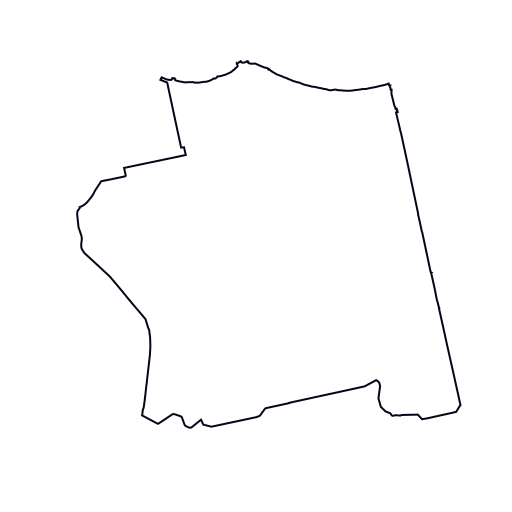 Kwinana, Western Australia, Australia, rotated 78°
{"feature_id": "25037944B63650800772080", "entity_name": "Kwinana", "entity_type": "district", "adm_level": 2, "iso_a3": "AUS", "parent_name": "Australia", "parent_adm1": "Western Australia", "projection": "orthographic", "projection_center": [115.805, -32.234], "detail": "fine", "context": "isolated", "style": "outline", "palette": "ink", "viewbox_px": 512, "rotation_deg": 78, "n_neighbors": 0, "source": "geoboundaries", "source_scale": "gbopen_adm2", "svg_char_len": 5734}
<svg xmlns="http://www.w3.org/2000/svg" viewBox="0 0 512 512"><g transform="rotate(78 256 256)"><path d="M114.9,90.5L115.1,91.5L115.3,93.5L115.4,94.3L115.4,95.5L115.5,96.8L115.5,97.4L115.4,98.3L115.4,99.6L115.6,102.8L115.6,104.9L115.5,107.3L115.5,108.3L115.5,109.4L115.4,110.4L115.5,111.4L115.5,112.2L115.5,113.1L115.5,113.8L115.1,115.5L115.1,116.1L115.0,116.9L114.7,117.5L114.8,117.8L114.8,118.1L114.8,119.3L114.7,120.8L114.6,121.7L114.5,123.0L114.2,125.2L114.3,126.2L114.1,127.6L114.1,128.2L113.9,129.6L113.6,131.3L113.4,132.3L112.9,133.8L112.7,135.1L112.4,136.2L112.0,136.9L111.8,137.4L111.8,137.8L111.7,138.3L110.6,142.1L110.2,142.4L109.6,144.4L109.6,144.7L109.5,145.6L109.6,146.5L109.5,147.5L109.4,148.5L109.2,149.4L109.0,149.8L108.8,150.4L108.2,151.4L107.7,152.2L107.3,153.1L106.8,154.6L106.5,155.3L105.7,156.7L105.5,157.3L104.9,158.8L104.2,160.4L103.7,161.6L103.2,162.4L102.8,163.4L102.6,164.1L102.2,165.3L101.9,166.2L101.1,167.5L100.8,168.2L99.9,170.1L98.9,172.2L98.2,173.6L97.1,175.1L96.5,176.1L95.5,177.5L94.9,178.6L94.7,179.3L94.4,180.0L93.7,181.0L93.5,181.5L93.1,182.2L92.6,183.3L91.1,185.2L90.6,186.0L89.4,187.9L89.1,188.2L88.6,188.7L88.2,189.4L87.8,189.9L87.7,190.4L87.4,190.8L87.0,191.4L86.6,192.0L85.8,192.9L85.1,194.2L84.3,195.3L83.5,196.7L82.5,198.1L81.5,199.2L80.7,200.0L79.7,201.2L79.0,201.9L78.1,202.8L77.2,203.5L76.2,204.1L76.4,204.6L76.4,205.1L76.2,205.2L75.8,205.0L75.3,205.0L75.0,205.4L74.5,206.3L74.0,207.0L73.4,208.5L71.4,211.5L70.3,213.0L69.7,213.9L69.2,214.5L68.4,215.8L68.0,216.2L67.7,216.6L67.4,217.3L67.4,218.0L67.2,219.5L66.9,220.8L66.2,222.4L65.9,222.9L65.3,223.5L65.0,223.6L64.8,223.5L64.5,223.2L64.2,223.2L64.0,223.3L63.7,223.7L63.6,224.0L63.7,224.3L64.1,225.4L64.2,226.1L64.3,227.1L64.3,227.6L64.1,229.0L63.7,229.8L63.5,230.1L63.1,230.2L62.6,230.2L62.3,230.3L62.2,230.5L62.6,231.3L62.8,231.9L63.1,232.5L63.7,234.2L63.8,234.7L63.6,234.8L63.8,234.9L64.3,234.8L65.0,234.5L65.9,234.4L66.4,234.5L66.8,234.8L67.0,235.0L67.4,235.8L67.6,236.2L68.0,236.9L68.1,237.2L68.8,237.8L69.0,238.1L69.4,239.2L69.8,240.2L70.3,240.9L70.6,241.6L70.8,241.9L70.9,242.5L71.1,243.1L71.3,243.6L71.4,244.3L71.6,244.9L72.1,247.1L72.2,247.8L72.4,249.3L72.4,249.9L72.5,250.8L72.6,252.1L72.6,255.0L72.5,255.5L72.3,256.0L72.4,256.4L72.6,256.5L72.8,256.8L73.2,257.4L73.6,258.1L73.9,258.8L73.9,259.2L73.9,259.7L73.8,260.0L73.5,260.4L73.5,260.6L73.9,261.3L74.2,262.1L74.9,264.3L74.9,264.9L74.9,265.6L75.2,267.7L75.2,268.3L74.8,271.2L74.7,273.2L74.5,276.5L74.1,277.7L74.0,278.3L73.9,278.9L73.8,279.6L73.6,280.2L73.3,280.5L73.2,280.8L72.9,281.4L72.7,281.8L72.7,282.1L72.6,282.5L72.6,283.1L72.5,283.5L72.4,283.8L72.2,284.5L72.0,285.4L71.7,287.4L71.7,288.1L71.1,290.3L70.8,291.2L70.5,291.6L70.2,292.2L69.7,293.6L69.3,294.6L68.9,295.4L68.1,297.0L67.7,297.8L67.3,298.3L66.8,298.6L66.3,298.8L65.9,298.7L65.6,298.4L65.5,298.5L65.4,298.6L65.1,299.2L65.0,299.6L64.8,300.0L64.6,300.5L64.6,300.9L64.7,301.0L64.8,301.1L65.1,301.0L65.3,301.0L65.9,301.9L66.1,302.2L66.1,302.6L66.0,302.8L65.8,303.6L65.6,304.5L64.7,306.7L64.4,307.2L64.1,307.7L63.0,309.1L62.5,309.8L62.4,310.3L61.7,310.9L61.6,311.1L63.8,312.9L67.9,306.8L82.4,306.8L86.1,306.8L134.4,306.7L134.6,305.3L134.7,303.8L142.6,303.7L142.4,366.7L150.3,366.7L150.9,367.6L150.8,387.0L150.7,387.0L150.7,391.6L150.7,391.9L153.3,394.5L154.3,395.6L155.8,397.0L157.8,399.1L158.2,399.4L158.8,399.9L159.6,400.7L161.4,402.1L163.0,403.6L164.1,404.8L167.6,409.1L168.2,409.8L168.6,410.5L169.1,411.3L169.8,412.5L170.3,413.8L170.8,415.0L171.1,416.2L171.3,417.0L171.4,417.8L171.5,418.4L172.4,418.5L172.6,418.6L174.7,421.0L175.1,421.3L175.6,421.5L177.9,422.3L178.2,422.3L178.4,422.3L190.8,423.6L191.7,423.6L192.1,423.5L199.6,422.6L200.4,422.6L201.1,422.6L202.3,422.7L203.4,422.9L204.5,423.2L207.1,424.2L207.9,424.4L209.5,424.8L211.0,425.0L211.9,425.0L212.8,424.9L213.7,424.7L216.6,423.6L217.4,423.2L218.2,422.7L225.5,417.5L233.1,412.1L240.5,406.9L244.7,403.9L246.0,403.1L246.9,402.6L254.9,398.3L266.2,392.4L269.4,390.8L277.9,386.3L292.4,378.5L294.8,377.2L303.8,376.4L305.8,375.9L313.6,376.5L322.4,378.1L330.6,380.3L374.4,395.0L380.7,397.3L383.4,398.9L387.2,400.1L388.2,400.6L399.5,387.2L399.6,386.9L399.7,386.7L399.7,386.4L399.6,386.1L393.6,371.0L393.5,370.5L393.4,370.0L393.5,369.5L393.6,369.1L393.8,368.6L397.0,363.2L397.4,362.7L397.8,362.4L398.2,362.2L398.6,362.0L405.9,361.0L406.2,360.9L406.7,360.8L407.2,360.5L407.5,360.3L407.9,359.9L409.8,357.3L410.1,356.8L410.2,356.3L410.3,355.8L410.3,355.3L410.2,354.9L410.1,354.4L404.7,343.8L410.0,342.6L413.4,335.7L413.5,335.3L413.7,334.7L413.7,334.2L413.7,323.6L413.7,291.3L413.7,290.8L413.7,290.2L413.7,289.6L413.3,286.3L413.1,285.8L412.9,285.3L412.6,284.9L412.4,284.7L407.7,279.5L407.4,279.1L407.1,278.6L407.0,278.1L406.9,277.6L406.8,254.2L406.5,254.2L406.1,176.9L403.8,169.0L402.4,164.3L404.2,162.5L404.7,162.3L405.7,161.9L405.8,161.8L406.3,161.7L409.2,161.7L420.6,165.8L428.8,165.3L429.4,165.3L435.0,161.6L437.4,157.8L438.3,157.1L439.0,156.8L440.2,156.3L440.6,155.8L440.8,155.1L440.8,154.5L440.7,152.7L442.1,148.0L442.0,147.7L441.9,146.9L441.9,146.1L444.8,130.7L450.2,127.5L450.4,121.6L450.1,92.6L444.5,87.3L444.4,87.0L418.4,87.2L382.2,87.6L366.1,87.7L357.1,87.8L345.5,87.9L345.4,87.7L345.2,87.5L344.9,87.5L344.7,87.7L344.6,87.8L340.5,87.9L336.0,88.2L333.8,88.2L323.8,88.0L309.6,88.2L309.3,88.2L309.1,88.2L308.8,88.0L308.7,87.8L308.2,88.5L267.2,88.5L266.6,88.7L257.1,88.7L249.6,88.8L248.6,88.8L248.2,88.6L197.6,88.5L166.4,88.6L163.6,88.8L161.4,88.8L144.7,89.2L144.7,87.5L142.4,87.6L142.4,87.9L141.0,87.9L141.0,88.9L139.6,88.9L137.7,89.4L125.7,89.8L124.6,89.6L121.5,88.8L121.4,89.1L121.3,89.7L119.9,89.6L119.4,89.6L119.1,89.6L118.0,89.9L117.2,90.1L116.9,90.2L116.8,89.8L116.7,90.0L115.0,90.5L114.9,90.5Z" fill="none" stroke="#020617" stroke-width="2"/></g></svg>